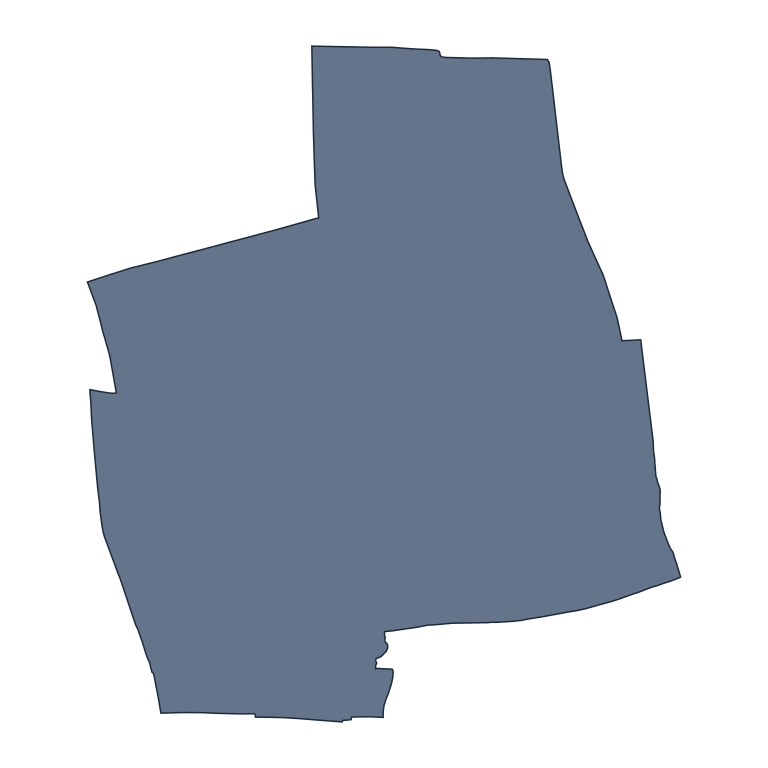 the district of Baleni, Galati, Romania
{"feature_id": "2599482B3331381217187", "entity_name": "Baleni", "entity_type": "district", "adm_level": 2, "iso_a3": "ROU", "parent_name": "Romania", "parent_adm1": "Galati", "projection": "orthographic", "projection_center": [27.839, 45.802], "detail": "fine", "context": "isolated", "style": "filled", "palette": "slate", "viewbox_px": 768, "rotation_deg": 0, "n_neighbors": 0, "source": "geoboundaries", "source_scale": "gbopen_adm2", "svg_char_len": 4581}
<svg xmlns="http://www.w3.org/2000/svg" viewBox="0 0 768 768"><path d="M311.8,46.1L311.9,50.6L312.2,67.1L312.5,85.9L312.8,97.1L313.4,132.5L315.1,184.7L318.3,214.1L318.7,217.8L318.7,218.0L316.3,218.4L282.4,228.0L281.9,228.1L281.1,228.4L261.4,233.7L231.7,241.6L226.6,242.9L225.8,243.2L176.8,256.2L153.1,262.5L134.0,267.2L130.0,268.2L122.6,270.6L122.4,270.7L110.3,274.5L87.4,282.0L91.0,291.5L96.1,305.3L100.9,323.7L102.7,331.2L105.0,339.0L109.3,354.0L110.0,357.2L116.3,392.5L116.0,393.0L113.1,393.3L109.4,393.0L104.9,392.3L102.4,391.9L99.9,391.5L95.3,390.6L91.9,390.0L90.0,389.6L90.0,389.9L90.0,390.5L90.0,391.6L90.0,393.5L90.0,393.8L90.1,394.3L90.8,401.7L90.9,404.0L91.6,419.2L93.0,435.8L94.4,452.4L95.9,469.0L97.8,489.2L99.3,500.8L99.6,503.7L100.0,510.9L101.0,518.3L102.0,525.7L103.1,531.9L104.5,536.9L114.4,563.6L118.9,575.9L119.3,576.2L119.7,577.4L121.3,582.1L122.9,586.8L130.9,610.8L135.6,624.7L138.0,629.7L142.4,642.3L146.7,656.1L149.5,662.6L152.0,672.3L153.6,673.5L158.1,696.7L160.9,713.1L161.3,713.1L166.1,713.0L181.7,712.6L190.5,712.6L193.7,712.6L203.5,712.7L211.5,713.1L219.5,713.4L241.7,713.9L242.8,713.9L249.8,713.8L254.0,713.8L254.8,714.1L255.0,714.4L255.2,714.6L255.4,715.8L255.4,717.1L259.4,717.2L259.5,717.2L261.2,717.2L266.1,717.3L269.5,717.3L273.0,717.4L283.2,717.6L297.9,718.5L310.5,719.5L336.3,721.5L342.3,721.9L342.8,720.4L347.0,720.1L351.1,719.7L351.6,717.1L357.8,716.9L366.5,716.8L370.7,716.8L383.2,717.4L383.1,715.4L383.2,713.2L383.2,712.0L383.4,710.1L383.8,707.2L384.1,705.3L384.7,703.4L385.3,701.5L385.8,699.7L386.7,697.5L388.3,693.7L391.3,684.3L392.8,677.5L393.1,671.6L392.8,670.2L392.2,669.2L376.7,668.4L375.8,668.9L375.7,667.8L375.6,666.9L375.6,665.8L375.7,665.2L376.2,664.3L376.5,663.8L376.7,663.4L376.7,663.0L376.6,662.8L376.4,662.5L376.2,662.0L375.9,661.4L375.8,660.9L375.7,660.2L375.8,659.6L376.0,658.9L376.6,658.3L377.4,658.0L378.5,657.6L379.4,657.5L380.4,656.8L381.9,655.9L384.2,653.4L384.9,652.7L385.6,651.9L386.2,651.5L386.5,650.8L386.7,650.1L387.3,649.0L387.6,648.1L387.7,647.5L387.7,646.2L387.6,645.5L387.5,644.9L387.4,644.4L387.0,643.9L386.4,643.1L385.6,642.1L385.2,641.5L384.8,641.0L384.6,640.6L384.6,640.1L384.7,639.4L385.1,638.6L385.2,638.1L385.2,637.5L385.2,637.2L385.0,636.6L384.6,635.8L384.5,631.6L392.7,630.8L418.5,627.0L427.9,625.1L432.9,624.9L440.6,624.3L451.9,623.2L477.6,622.8L482.7,622.7L485.1,622.7L487.9,622.7L490.6,622.3L492.9,622.3L496.8,622.3L506.9,621.7L511.5,621.4L521.6,620.4L526.2,619.4L538.4,617.4L540.4,617.1L562.3,613.1L569.4,611.8L575.9,610.8L584.9,608.9L599.0,604.9L613.2,601.0L615.0,600.4L618.4,599.3L621.5,598.2L624.1,597.2L627.1,596.2L631.2,594.7L634.1,593.7L638.1,592.4L642.1,590.9L645.2,589.7L648.5,588.4L652.7,586.9L657.0,585.7L659.3,584.9L662.5,583.7L667.2,582.2L671.2,580.9L675.8,579.1L678.4,578.1L680.4,577.3L680.6,577.2L680.0,574.9L678.9,571.3L677.6,567.1L676.6,563.6L675.6,560.9L674.5,557.5L673.6,554.4L673.2,553.0L672.9,552.1L672.5,551.4L671.4,550.0L671.0,549.4L670.0,547.7L668.8,544.8L668.1,543.1L667.5,541.7L666.8,540.0L666.0,537.5L665.2,535.5L664.6,534.1L664.0,532.4L663.5,530.7L663.1,528.9L662.5,526.6L661.9,524.1L661.7,523.2L661.6,522.6L661.2,521.6L661.0,520.8L660.8,519.9L660.7,518.5L660.6,517.0L660.5,515.5L660.4,514.1L660.3,513.1L660.0,511.6L659.6,510.3L659.5,509.8L659.4,508.9L659.6,506.6L659.9,504.4L660.0,503.5L660.1,502.0L660.1,500.6L660.0,498.6L660.0,495.8L660.1,493.7L660.2,492.0L660.2,490.7L660.1,489.5L660.0,488.7L659.4,486.9L658.7,485.1L658.4,484.4L657.8,482.6L657.5,481.5L657.3,480.6L657.2,480.3L657.2,480.1L656.9,479.0L656.2,477.1L656.0,476.4L655.8,475.8L655.7,473.8L655.4,470.8L655.3,468.2L655.0,464.9L654.8,462.5L654.7,459.2L653.8,452.9L653.5,450.9L653.5,450.1L653.5,449.6L653.4,449.1L653.5,447.9L653.3,445.0L653.2,441.7L653.1,440.2L652.8,438.6L652.8,438.3L644.0,366.7L640.7,339.8L633.3,340.2L622.0,340.7L620.2,332.2L617.1,317.6L612.5,303.7L606.5,285.3L605.3,281.3L603.3,275.4L587.9,241.5L584.3,232.0L580.6,222.6L571.2,198.1L563.8,178.4L562.9,174.9L562.1,170.8L557.9,135.0L554.4,105.2L554.3,103.8L551.7,82.0L550.9,75.3L550.4,71.0L550.2,69.1L549.5,64.7L549.1,62.3L547.4,59.5L507.2,58.3L502.4,58.2L495.2,58.0L493.2,57.9L492.1,57.9L483.8,58.0L478.2,58.1L477.2,58.1L472.0,58.1L470.8,58.1L466.6,58.0L465.8,58.0L463.7,57.9L458.7,57.8L452.6,57.6L447.2,57.5L446.4,57.5L445.6,57.4L444.8,57.3L442.8,57.1L441.5,56.6L440.7,56.0L440.1,55.1L439.7,52.6L439.3,51.8L438.9,51.2L437.6,50.8L436.4,50.3L435.9,50.3L434.2,50.1L432.3,49.9L429.9,49.7L428.4,49.6L424.7,49.4L414.8,49.0L402.0,48.1L392.2,47.3L374.5,47.3L336.8,46.6L316.1,46.2L311.8,46.1Z" fill="#64748b" stroke="#1e293b" stroke-width="1.5"/></svg>